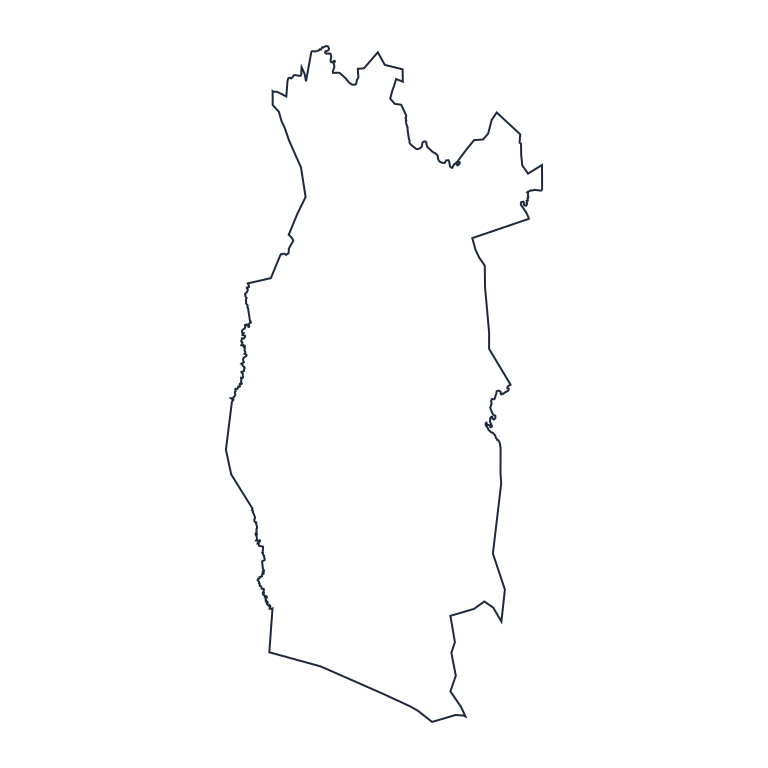 the district of San Miguel Totolapan, Guerrero, Mexico
{"feature_id": "50627088B56335708263076", "entity_name": "San Miguel Totolapan", "entity_type": "district", "adm_level": 2, "iso_a3": "MEX", "parent_name": "Mexico", "parent_adm1": "Guerrero", "projection": "equal_earth", "projection_center": [-100.327, 17.847], "detail": "fine", "context": "isolated", "style": "outline", "palette": "slate", "viewbox_px": 768, "rotation_deg": 0, "n_neighbors": 0, "source": "geoboundaries", "source_scale": "gbopen_adm2", "svg_char_len": 6053}
<svg xmlns="http://www.w3.org/2000/svg" viewBox="0 0 768 768"><path d="M520.2,134.3L496.7,112.5L491.7,120.0L488.1,133.7L483.0,139.5L474.1,140.1L466.6,149.3L456.7,162.5L458.1,162.7L459.0,162.2L459.3,162.7L459.7,162.6L459.6,163.7L457.9,165.3L457.5,165.4L455.5,163.3L454.0,164.4L452.3,167.8L451.9,167.9L450.0,166.5L449.2,161.5L448.5,160.2L446.2,160.4L444.9,162.6L444.0,163.1L441.7,162.7L439.3,161.3L437.8,158.4L437.8,156.1L437.1,154.8L435.6,153.5L432.5,151.8L427.3,146.9L426.4,144.1L426.4,142.4L425.3,141.5L424.2,141.4L422.7,142.4L422.3,143.3L421.8,146.4L421.0,147.7L418.5,148.9L417.2,149.1L415.9,148.7L410.6,144.4L409.5,142.6L409.5,140.2L408.9,138.9L408.4,135.5L407.7,130.9L407.5,127.1L406.3,123.9L405.9,120.8L406.3,120.3L405.5,117.8L406.1,117.1L406.2,115.6L401.3,104.8L394.7,103.8L390.2,98.6L392.3,90.7L394.2,85.5L396.1,79.0L402.8,81.7L402.6,69.3L384.8,64.9L377.8,52.3L364.0,68.3L357.8,68.8L358.4,77.2L356.8,80.4L356.2,83.9L354.8,84.6L353.2,84.8L351.7,84.4L348.9,82.4L345.4,78.1L339.8,73.1L338.5,72.7L333.1,72.9L332.8,71.6L334.3,67.1L334.2,65.0L333.7,63.5L333.8,62.7L334.9,61.6L334.7,60.9L333.7,61.1L332.1,62.4L331.2,62.1L330.5,61.0L331.2,56.8L330.5,53.8L329.2,53.5L326.4,53.7L325.1,52.8L325.2,51.9L325.7,51.3L327.9,50.5L328.8,49.6L329.0,48.3L328.1,46.6L327.1,46.1L325.8,46.1L323.1,47.5L322.4,47.2L320.8,49.7L319.8,49.3L319.2,50.2L318.5,50.5L315.5,51.4L312.1,51.2L311.3,52.1L306.0,81.3L304.6,73.8L301.6,67.3L301.3,71.3L301.4,74.4L300.8,75.5L299.7,75.9L294.8,75.0L293.9,75.6L293.5,75.5L292.6,77.2L291.0,78.5L290.0,77.8L289.1,77.8L288.2,78.5L287.5,81.1L286.3,96.5L277.1,91.8L273.7,91.7L272.6,91.0L272.7,105.0L278.9,111.8L281.4,120.8L284.8,128.0L288.9,140.1L301.0,167.5L305.6,197.0L297.5,213.5L288.7,234.8L291.0,236.9L292.4,238.8L293.3,240.7L289.4,247.5L288.7,249.5L288.9,250.6L288.4,253.4L286.0,254.9L284.8,253.8L283.3,253.8L282.3,254.3L281.1,254.1L280.3,255.2L270.9,278.1L247.7,283.4L248.6,285.0L249.0,286.9L246.8,287.6L246.8,288.3L247.7,289.1L247.8,290.1L246.7,292.4L245.7,293.5L245.2,293.6L245.0,294.4L245.9,297.5L246.6,298.0L245.8,300.1L246.2,301.2L246.0,303.5L247.7,305.5L247.4,307.4L248.0,308.0L250.0,321.2L250.6,321.3L250.9,322.6L249.4,323.3L248.8,324.8L248.6,325.6L249.3,326.4L249.1,326.9L248.5,326.9L248.2,325.7L247.7,325.4L247.9,324.7L246.4,324.5L245.0,325.0L244.9,325.8L245.5,326.5L244.7,328.4L243.4,329.2L242.1,330.6L242.1,332.7L243.6,333.1L242.5,334.9L245.0,335.7L245.1,336.8L243.6,338.6L242.0,338.3L241.2,341.3L242.5,342.4L241.4,345.1L243.2,344.9L244.2,345.7L244.8,345.8L244.8,346.6L243.7,346.8L244.8,348.3L244.5,350.6L245.2,351.5L245.3,352.9L244.5,353.8L246.5,354.9L246.4,355.9L243.8,357.7L243.0,358.9L243.2,360.6L243.9,362.2L241.3,363.8L242.5,364.7L242.6,365.6L243.4,366.7L244.6,367.2L244.7,368.0L244.0,369.4L243.8,371.2L241.4,371.9L241.5,372.4L242.7,373.4L243.0,377.6L241.7,378.1L241.1,377.8L240.9,378.7L241.5,379.4L241.0,381.7L241.8,383.6L241.6,384.0L239.9,383.8L239.6,384.5L240.0,386.4L239.5,386.8L238.2,386.6L237.6,388.6L237.0,389.0L235.6,388.7L235.2,389.9L235.6,391.0L234.8,392.2L235.3,394.2L235.2,395.2L233.5,397.7L231.0,398.2L233.4,399.8L233.2,400.4L232.2,401.1L231.9,402.0L225.9,449.7L231.2,474.4L252.6,508.8L251.9,510.2L253.0,511.1L252.8,512.4L253.6,513.5L255.1,517.6L254.3,519.8L254.3,520.8L254.9,521.9L255.8,522.0L256.4,522.6L256.0,523.6L256.8,525.5L257.0,527.3L257.0,528.1L256.4,529.2L256.6,531.4L255.5,534.3L255.7,534.7L256.3,533.8L256.9,533.8L256.5,536.1L257.0,539.0L256.1,540.5L258.3,540.8L259.5,540.3L260.1,540.5L259.9,541.4L257.9,542.7L257.6,543.4L258.6,543.3L258.9,545.7L263.1,546.7L262.7,552.1L262.3,552.6L263.0,553.0L262.9,554.3L264.1,555.7L263.9,556.7L264.5,557.9L264.7,559.6L264.5,560.2L262.3,561.2L262.2,562.3L262.9,568.9L263.6,569.7L264.1,571.1L263.9,571.5L263.3,571.0L262.8,571.2L262.7,572.4L263.6,573.2L263.6,573.7L262.2,574.2L262.1,576.2L260.6,576.9L259.7,576.9L259.5,578.5L257.9,578.8L257.6,580.3L258.9,581.6L259.1,582.4L259.0,583.3L259.6,583.7L259.8,585.9L260.6,586.0L261.3,586.8L261.7,588.8L263.0,588.7L263.9,589.2L263.8,590.9L263.0,592.5L263.9,592.6L263.9,593.0L263.0,594.5L264.4,595.3L264.8,595.8L264.8,596.8L265.8,596.1L266.8,596.6L266.8,597.6L265.9,598.3L265.5,599.9L266.2,600.4L265.9,601.5L267.2,601.6L267.5,601.9L267.7,602.8L267.0,603.2L266.8,603.6L267.1,604.1L268.6,605.7L269.5,605.0L269.9,605.2L270.4,606.6L269.6,607.8L269.6,608.6L270.4,608.4L271.4,609.0L272.5,608.5L269.3,652.3L320.6,666.4L382.5,693.6L410.2,706.4L417.9,710.8L432.1,721.9L455.6,715.0L463.4,715.5L465.5,716.5L461.0,706.9L450.4,691.3L455.8,675.8L451.4,652.8L454.9,642.1L450.4,615.8L474.0,608.9L484.3,601.5L493.2,607.6L501.4,621.5L504.9,589.6L492.9,553.6L501.2,483.3L500.5,472.8L500.6,447.4L500.2,446.1L499.9,443.2L498.5,440.3L497.2,440.0L496.9,439.0L495.9,437.9L495.1,435.3L493.0,433.0L490.6,431.9L489.7,430.8L488.8,430.3L487.7,427.8L485.8,425.4L485.6,424.2L485.8,423.0L486.4,422.7L487.5,425.2L488.6,425.0L489.5,425.2L490.1,425.9L490.2,426.9L490.6,427.2L491.7,426.8L492.0,426.5L491.8,425.7L489.9,421.6L490.2,418.7L490.5,417.7L491.5,416.8L492.2,416.9L492.5,418.5L493.6,419.5L494.2,419.4L495.4,418.0L495.3,415.7L493.5,415.0L492.8,414.1L490.9,409.7L490.2,407.7L491.5,404.2L491.4,402.3L491.1,401.5L491.3,400.0L492.1,398.9L493.8,399.4L494.4,399.1L495.3,396.9L495.6,395.4L496.2,394.1L496.7,391.2L498.7,390.6L500.6,391.6L500.6,393.6L501.0,394.3L501.6,394.4L502.3,393.6L503.1,393.9L505.5,392.1L507.5,391.2L508.4,390.4L508.8,389.5L508.5,388.5L507.4,388.3L507.3,387.5L508.0,386.2L508.7,385.6L510.5,385.0L510.5,384.5L489.1,348.9L489.1,332.5L485.0,286.8L484.8,265.7L479.2,257.6L475.5,249.8L472.3,238.1L528.8,218.8L528.4,217.1L526.5,213.0L522.2,206.5L521.4,205.7L520.8,203.9L520.9,203.0L521.3,202.1L523.4,201.7L523.9,203.1L523.8,204.6L524.3,205.2L525.2,205.3L525.5,205.7L526.3,205.6L527.1,203.8L526.5,202.9L527.3,201.7L526.8,200.7L527.8,200.3L527.7,198.5L528.2,197.9L527.7,197.6L528.3,196.1L527.9,195.4L528.0,192.9L527.2,192.3L528.0,191.7L529.9,191.0L530.3,190.4L532.4,190.5L534.3,189.9L541.1,190.6L542.1,189.5L542.0,165.0L528.0,173.6L522.3,165.4L521.2,155.1L521.0,143.7L519.6,142.7L520.2,134.3Z" fill="none" stroke="#1e293b" stroke-width="2"/></svg>